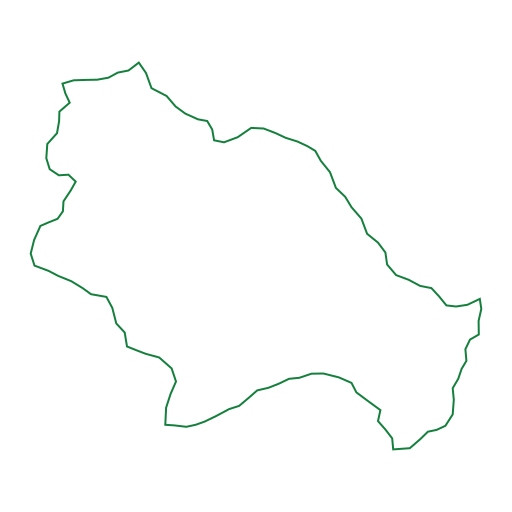 Acaiaca, Minas Gerais, Brazil (orthographic projection)
{"feature_id": "56859067B86255168283316", "entity_name": "Acaiaca", "entity_type": "district", "adm_level": 2, "iso_a3": "BRA", "parent_name": "Brazil", "parent_adm1": "Minas Gerais", "projection": "orthographic", "projection_center": [-43.099, -20.398], "detail": "fine", "context": "isolated", "style": "outline", "palette": "green", "viewbox_px": 512, "rotation_deg": 0, "n_neighbors": 0, "source": "geoboundaries", "source_scale": "gbopen_adm2", "svg_char_len": 1574}
<svg xmlns="http://www.w3.org/2000/svg" viewBox="0 0 512 512"><path d="M479.8,298.9L467.4,304.8L456.1,306.5L446.4,305.4L439.0,296.3L431.4,288.1L420.1,285.9L408.7,279.8L396.1,275.1L387.1,264.5L385.4,252.5L378.0,242.6L367.1,233.8L361.4,218.6L351.5,207.2L345.2,196.8L335.9,187.9L330.0,172.2L320.8,160.8L315.3,150.9L307.1,146.0L297.4,141.5L285.6,137.8L275.8,133.2L263.6,128.5L251.2,127.9L237.7,137.2L224.0,142.3L214.1,140.3L212.2,129.5L207.2,121.0L197.9,119.3L185.3,113.6L175.6,106.5L166.6,96.0L151.5,88.2L146.0,73.0L138.8,62.6L128.5,70.5L117.8,72.6L108.4,77.7L97.2,79.7L86.5,79.9L73.7,80.3L62.5,83.6L65.4,93.5L69.7,102.7L59.4,111.6L59.1,121.2L57.0,133.2L47.3,144.0L46.3,158.2L49.7,169.2L58.9,175.3L68.4,174.7L75.7,181.6L70.7,190.5L63.5,201.3L62.9,211.3L57.6,218.8L48.8,222.3L40.4,225.9L34.1,240.0L30.7,253.6L34.5,265.6L48.6,270.9L58.2,275.9L71.3,281.2L82.6,288.1L91.0,294.2L106.4,296.9L112.3,307.9L116.3,323.5L124.7,332.5L127.0,346.5L137.3,350.6L145.7,353.8L159.2,357.5L171.6,368.4L176.0,381.5L170.6,393.9L166.1,407.7L165.3,424.8L174.5,425.4L186.3,426.8L195.6,424.8L204.4,421.7L216.2,416.0L229.1,409.1L239.1,405.9L248.4,398.1L257.2,390.4L268.4,387.8L279.3,383.5L289.0,378.8L299.3,377.8L311.5,373.7L323.3,373.5L338.9,377.4L351.5,382.9L356.4,392.4L368.2,401.2L380.4,410.1L378.0,421.1L385.4,429.5L392.2,438.4L393.2,449.4L409.8,448.2L420.4,439.0L427.9,431.7L436.6,429.9L445.4,425.8L452.7,414.4L453.8,399.8L452.7,388.2L458.2,378.9L461.6,368.9L466.4,360.8L465.4,349.2L470.0,339.6L478.8,334.5L478.6,320.9L481.3,308.9L479.8,298.9Z" fill="none" stroke="#15803d" stroke-width="2"/></svg>